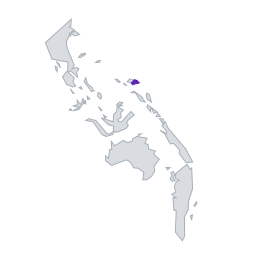 Kupang, Nusa Tenggara Timur, Indonesia (highlighted), rotated 226°
{"feature_id": "22746128B27765258797580", "entity_name": "Kupang", "entity_type": "district", "adm_level": 2, "iso_a3": "IDN", "parent_name": "Indonesia", "parent_adm1": "Nusa Tenggara Timur", "projection": "orthographic", "projection_center": [123.766, -9.812], "detail": "fine", "context": "in_parent", "style": "filled", "palette": "violet", "viewbox_px": 256, "rotation_deg": 226, "n_neighbors": 0, "source": "geoboundaries", "source_scale": "gbopen_adm2", "svg_char_len": 5576}
<svg xmlns="http://www.w3.org/2000/svg" viewBox="0 0 256 256"><g transform="rotate(226 128 128)"><path d="M80.5,102.6L85.1,108.5L91.9,107.5L95.4,104.4L101.5,106.0L106.2,104.7L112.5,90.1L120.1,89.2L123.6,92.5L119.8,93.0L125.2,99.7L123.7,101.3L130.0,106.7L124.3,106.1L122.4,116.1L118.0,117.6L115.6,121.6L117.1,124.3L115.5,128.8L107.3,134.5L105.4,129.6L102.0,130.9L98.4,128.2L92.3,131.7L91.4,128.2L83.8,128.9L82.3,119.9L78.6,117.6L76.9,111.5L77.6,105.5L80.5,102.6ZM9.2,88.8L20.2,89.7L34.2,104.4L36.0,105.5L36.8,103.8L46.7,112.0L44.2,114.1L49.9,113.3L48.7,118.0L53.4,120.2L55.9,125.6L54.9,128.4L58.7,127.0L62.1,130.7L60.9,145.3L55.3,144.0L55.1,146.1L39.6,132.4L33.1,120.4L27.4,114.6L24.8,106.8L10.7,93.4L9.2,88.8ZM246.8,127.9L245.7,162.8L241.0,157.6L241.6,156.1L235.3,157.5L236.4,154.1L234.7,152.2L235.3,151.9L236.3,152.1L236.9,152.0L234.0,150.5L235.4,150.1L232.9,143.6L227.4,139.5L210.2,132.8L209.5,128.7L207.2,133.2L204.6,133.9L203.8,129.8L199.6,127.0L208.8,126.4L210.0,123.7L201.4,124.2L199.5,120.5L194.5,119.7L195.9,116.7L201.9,114.1L210.3,116.4L211.4,124.8L217.0,130.6L230.4,121.1L246.8,127.9ZM161.8,106.4L155.7,110.1L138.6,109.0L136.5,110.4L135.8,114.7L139.1,119.0L143.9,116.1L153.9,115.8L142.8,121.7L147.8,127.2L147.6,131.0L150.9,135.1L144.1,137.1L144.2,133.5L140.3,130.5L141.2,126.4L139.0,125.9L136.9,127.5L137.9,141.6L133.2,141.7L133.5,133.3L132.7,130.5L129.5,129.9L129.0,126.3L132.9,116.6L134.7,116.4L134.0,112.3L136.9,106.6L141.3,104.7L156.6,107.2L162.9,102.8L161.8,106.4ZM62.6,145.7L74.2,147.1L76.1,149.7L85.2,150.2L87.2,147.3L96.2,149.7L98.8,153.5L106.1,154.0L106.1,157.3L107.1,159.2L100.1,156.8L72.4,154.9L58.6,150.9L62.6,145.7ZM177.0,107.3L182.1,103.6L179.9,107.9L183.3,110.7L177.9,110.2L180.7,116.6L176.8,113.1L175.4,105.7L178.6,100.2L177.0,107.3ZM179.5,127.1L192.2,128.7L193.4,132.6L188.3,129.7L181.2,130.2L179.1,128.6L177.9,130.4L179.5,127.1ZM150.5,157.7L141.2,159.5L134.7,158.3L138.9,155.8L148.1,157.8L151.2,155.0L150.5,157.7ZM123.8,155.5L130.0,156.2L131.1,158.2L118.8,160.2L120.7,156.7L125.0,158.6L126.4,157.9L123.8,155.5ZM161.9,159.5L162.1,163.4L155.1,166.9L155.4,163.1L161.9,159.5ZM62.0,123.0L63.7,127.2L66.0,127.6L65.3,130.3L61.8,129.2L60.7,125.8L57.4,125.3L59.0,122.7L62.0,123.0ZM233.4,157.6L228.9,158.0L231.2,153.7L234.8,152.9L235.9,154.6L233.4,157.6ZM135.8,161.9L138.7,163.8L140.1,165.8L137.2,166.6L130.3,162.8L135.8,161.9ZM172.3,128.2L174.3,131.1L171.4,132.1L168.0,129.9L168.2,128.2L172.3,128.2ZM106.4,156.0L113.0,157.1L110.1,159.6L106.4,156.0ZM116.6,156.0L117.7,159.6L113.8,159.2L116.6,156.0ZM73.2,127.9L70.2,130.8L70.4,127.4L73.2,127.9ZM213.2,141.5L213.9,146.2L212.4,146.4L211.3,143.0L213.2,141.5ZM104.2,149.6L99.3,151.2L97.2,150.4L104.2,149.6ZM152.6,135.9L152.6,140.1L149.7,141.9L150.8,136.3L152.6,135.9ZM17.4,109.7L21.5,111.8L20.9,114.0L17.4,109.7ZM27.5,125.9L25.9,125.1L25.1,121.8L26.4,121.6L27.5,125.9ZM195.9,154.9L194.9,153.2L197.6,150.2L197.5,152.9L195.9,154.9ZM191.1,112.4L196.3,113.7L190.4,113.1L191.1,112.4ZM159.2,120.5L164.0,121.7L158.7,121.5L159.2,120.5ZM150.3,138.0L147.8,140.1L150.0,136.3L150.3,138.0ZM217.8,116.2L220.4,116.7L223.0,118.7L220.5,119.1L217.8,116.2ZM171.9,152.7L170.1,154.2L166.5,154.4L167.5,152.7L171.9,152.7ZM212.9,147.0L211.8,149.1L210.5,149.0L210.7,145.6L212.9,147.0ZM179.3,120.6L176.1,121.0L175.2,120.2L176.6,118.9L179.3,120.6ZM218.2,121.2L222.0,121.7L225.6,122.6L222.2,123.0L218.2,121.2ZM151.1,118.0L154.4,119.4L151.0,120.1L151.1,118.0ZM181.8,100.1L179.6,99.7L181.7,98.2L181.8,100.1ZM159.0,156.7L162.6,155.4L163.0,156.2L159.0,156.7ZM191.0,121.0L190.5,122.9L187.8,121.9L189.1,121.3L191.0,121.0ZM115.9,132.1L114.5,133.5L115.6,129.4L115.9,132.1ZM176.1,113.5L177.8,116.1L177.2,116.5L174.7,114.4L176.1,113.5Z" fill="#d9dde1" stroke="#a8b0b8" stroke-width="1"/><path d="M154.5,166.3L154.4,166.4L154.3,166.5L154.3,166.8L154.2,166.8L154.1,167.0L154.3,167.1L154.5,167.0L154.6,166.9L154.6,167.0L154.8,167.0L155.0,167.1L155.3,167.1L155.5,167.1L155.8,167.1L156.0,167.1L156.3,166.9L156.5,166.8L156.7,166.7L156.8,166.7L157.0,166.7L157.3,166.4L157.5,166.2L157.8,166.0L158.0,166.1L158.1,165.9L158.0,165.7L157.9,165.5L157.8,165.4L157.7,165.3L157.8,165.3L157.8,165.2L157.7,165.2L157.4,165.0L157.4,164.9L157.4,164.7L157.4,164.4L157.4,164.2L157.5,164.2L157.4,164.1L157.4,163.9L157.4,163.7L157.5,163.6L157.4,163.5L157.3,163.4L157.2,163.3L157.3,163.3L157.4,163.2L157.4,162.9L157.5,162.9L157.8,162.8L157.8,162.7L157.7,162.6L157.6,162.4L157.8,162.4L157.9,162.5L158.0,162.5L158.0,162.4L157.9,162.4L157.8,162.2L157.7,162.2L157.4,161.9L157.3,161.7L157.2,161.7L156.9,161.6L156.8,161.8L156.7,161.9L156.6,162.0L156.4,162.1L156.4,162.3L156.2,162.4L156.0,162.5L155.9,162.4L155.9,162.5L155.7,162.8L155.5,163.0L155.4,163.1L155.2,163.2L155.2,163.3L155.3,163.6L155.3,163.8L155.2,163.9L155.1,164.0L155.2,164.4L155.2,164.5L154.9,164.6L154.7,164.8L154.8,164.8L154.7,164.9L154.8,165.1L154.7,165.3L154.8,165.4L155.0,165.3L155.1,165.2L155.2,165.3L155.3,165.3L155.3,165.2L155.4,165.3L155.5,165.3L155.7,165.5L155.4,165.7L155.3,165.8L155.2,165.9L155.3,165.9L155.3,166.0L155.2,166.0L155.3,166.1L155.2,166.1L155.1,166.3L155.0,166.5L154.9,166.8L154.9,166.7L154.9,166.8L154.8,166.7L154.7,166.6L154.7,166.4L154.5,166.3ZM154.1,165.8L153.9,165.9L153.7,166.1L153.6,166.3L153.4,166.4L153.4,166.5L153.3,166.8L153.3,167.0L153.4,166.9L153.5,166.8L153.7,167.0L153.8,167.0L153.9,166.9L153.7,166.8L153.8,166.7L153.8,166.8L153.9,166.7L153.8,166.4L153.7,166.4L153.8,166.3L153.7,166.3L153.8,166.3L154.0,166.3L154.1,166.2L154.3,166.2L154.2,166.1L154.1,165.9L154.1,165.8ZM154.0,166.4L153.9,166.5L154.0,166.5L154.0,166.4Z" fill="#8b5cf6" stroke="#5b21b6" stroke-width="1.5"/></g></svg>